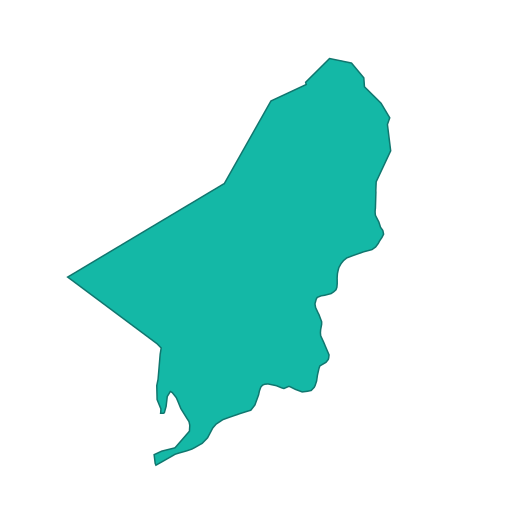 Deville, Soufrière, Saint Lucia, rotated 335°
{"feature_id": "8701671B65041139962090", "entity_name": "Deville", "entity_type": "district", "adm_level": 2, "iso_a3": "LCA", "parent_name": "Saint Lucia", "parent_adm1": "Soufrière", "projection": "orthographic", "projection_center": [-61.051, 13.814], "detail": "fine", "context": "isolated", "style": "filled", "palette": "teal", "viewbox_px": 512, "rotation_deg": 335, "n_neighbors": 0, "source": "geoboundaries", "source_scale": "gbopen_adm2", "svg_char_len": 2009}
<svg xmlns="http://www.w3.org/2000/svg" viewBox="0 0 512 512"><g transform="rotate(335 256 256)"><path d="M88.4,402.4L99.0,401.5L102.8,402.0L110.8,403.3L116.4,403.9L117.7,403.8L118.8,403.8L128.2,403.0L135.3,400.3L144.1,393.6L148.8,391.5L156.8,390.3L163.7,390.9L175.2,392.1L184.3,393.3L186.1,393.6L192.0,390.6L199.6,383.0L202.1,379.7L205.0,376.8L207.4,375.8L209.7,375.9L212.8,377.0L219.6,382.1L223.6,386.4L225.3,387.9L230.5,388.0L231.5,388.7L235.3,393.5L240.4,398.7L245.3,400.3L249.2,401.2L253.3,399.6L254.8,398.4L258.1,394.9L261.3,390.0L265.4,384.7L267.4,382.6L274.6,381.9L277.8,380.3L278.4,379.6L278.8,379.1L280.4,376.5L280.7,367.4L280.7,366.5L280.8,365.4L280.9,362.5L280.9,355.6L282.0,352.7L283.5,350.0L286.6,345.7L287.7,343.4L288.1,338.1L288.3,335.8L288.2,333.8L288.2,328.0L289.2,324.3L292.3,320.6L294.0,319.4L298.2,319.6L301.6,320.6L308.2,321.8L311.3,321.3L314.2,320.4L316.1,318.5L317.9,315.4L319.6,311.7L320.1,310.5L320.9,309.0L322.4,306.3L324.3,303.8L326.2,301.5L329.8,298.9L331.2,298.2L333.5,297.1L335.9,296.5L337.4,296.1L344.2,296.6L355.4,297.7L360.9,298.7L363.8,299.2L368.2,298.4L372.1,296.3L374.5,294.5L378.0,292.4L380.9,290.1L381.0,289.5L381.5,287.5L381.6,287.0L381.7,286.3L381.4,284.7L381.0,282.6L381.7,277.2L381.4,269.7L381.8,268.4L382.6,266.3L383.9,263.9L384.4,263.2L391.6,248.9L392.2,247.4L396.3,239.5L422.5,217.6L430.7,192.3L435.6,187.3L433.9,170.4L425.8,148.5L429.0,140.1L424.1,121.5L406.1,108.1L374.4,119.5L374.0,121.8L335.1,121.8L257.7,177.1L257.1,177.0L76.4,195.5L129.3,293.8L131.2,299.3L127.6,304.6L119.3,319.1L115.1,326.4L111.3,331.5L105.7,344.3L105.2,354.4L103.6,357.4L103.1,358.2L103.7,358.5L105.6,359.4L106.7,359.3L108.9,356.7L110.9,354.4L115.6,346.8L116.1,345.9L121.1,342.6L121.6,343.2L122.4,344.4L123.2,347.7L123.9,350.7L123.8,354.5L123.4,362.5L124.8,374.2L125.3,377.8L124.5,381.2L124.1,382.1L122.3,385.4L121.7,386.6L103.4,394.8L101.4,395.6L88.1,393.0L85.6,393.0L79.7,393.0L77.0,401.3L76.9,403.3L83.6,402.8L88.4,402.4Z" fill="#14b8a6" stroke="#0f766e" stroke-width="1.5"/></g></svg>